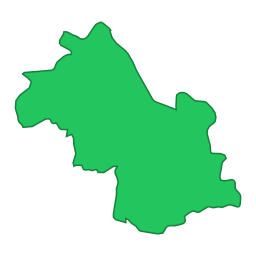 outline of Isère
{"feature_id": "FRA-5311", "entity_name": "Isère", "entity_type": "Metropolitan department", "adm_level": 1, "iso_a3": "FRA", "parent_name": "France", "parent_adm1": "", "projection": "equal_earth", "projection_center": [5.636, 45.294], "detail": "fine", "context": "isolated", "style": "filled", "palette": "green", "viewbox_px": 256, "rotation_deg": 0, "n_neighbors": 0, "source": "natural_earth", "source_scale": "10m", "svg_char_len": 2416}
<svg xmlns="http://www.w3.org/2000/svg" viewBox="0 0 256 256"><path d="M53.6,123.5L52.3,123.2L51.1,121.8L50.7,120.4L50.0,119.3L48.0,118.7L44.9,119.4L32.3,126.5L23.1,127.3L23.1,126.8L21.4,124.3L19.2,122.2L18.2,120.0L17.8,116.5L17.3,114.8L15.4,108.3L16.0,100.6L19.7,95.4L29.3,87.9L31.4,81.6L27.2,77.4L22.1,73.8L22.6,73.9L24.5,72.5L51.6,70.3L54.4,68.6L56.4,63.4L57.5,61.7L64.0,56.3L67.8,54.5L71.1,54.5L71.5,51.9L69.9,50.1L61.2,45.5L59.6,43.4L59.6,40.5L63.3,34.4L63.9,31.9L66.2,31.8L68.3,32.5L72.9,35.0L76.2,36.1L80.2,38.6L82.9,39.2L85.4,38.4L87.6,36.6L94.0,26.9L96.0,24.4L97.9,23.3L99.3,22.9L100.0,22.4L101.0,22.2L103.2,23.3L109.5,28.6L110.1,29.5L110.7,30.5L110.0,30.8L109.9,31.0L112.2,37.8L116.1,43.0L125.7,51.0L128.3,54.3L133.1,62.6L136.3,70.2L152.7,99.4L154.8,101.5L176.3,109.7L176.0,106.6L176.4,97.2L176.9,94.8L179.1,93.1L181.5,92.5L184.1,92.7L186.5,93.6L195.0,100.8L204.8,101.7L206.2,102.3L212.3,108.6L214.9,112.7L215.9,117.2L215.2,121.3L213.5,123.3L211.3,124.8L208.9,127.0L207.3,130.3L207.1,133.7L210.3,146.0L210.6,151.7L211.2,152.9L212.6,153.4L220.5,153.6L224.7,155.1L226.1,158.4L222.7,161.9L222.3,162.9L221.7,165.3L221.3,168.4L220.0,174.8L220.0,177.8L220.6,179.8L222.0,180.4L223.3,180.7L225.1,180.9L231.5,179.6L232.9,179.9L234.4,181.1L235.0,182.3L235.2,183.9L235.2,187.8L235.8,189.4L236.9,190.8L238.2,192.1L239.8,194.0L240.4,195.5L240.6,196.9L240.4,202.2L240.0,204.9L239.5,205.9L238.9,206.7L237.8,206.9L236.6,206.7L231.7,205.1L230.4,204.9L229.1,204.9L227.7,205.2L223.1,207.1L221.7,207.3L219.1,206.9L217.8,206.9L213.6,207.7L212.4,207.6L209.7,206.8L208.3,206.8L207.0,207.3L199.8,211.8L198.4,212.2L197.0,212.2L194.7,211.4L193.4,211.1L192.1,211.3L190.8,211.9L188.5,213.3L185.2,215.8L184.6,217.0L184.8,218.4L185.3,219.7L185.1,221.5L184.3,222.6L183.1,223.6L177.6,225.2L174.8,225.7L170.6,225.6L169.1,225.8L167.3,226.4L166.1,227.7L162.7,233.2L157.3,233.8L140.7,231.1L139.0,230.2L135.9,226.1L131.7,223.4L128.3,219.7L125.8,218.5L125.8,222.6L115.6,219.6L113.5,217.2L113.4,213.9L116.5,195.0L116.5,188.4L117.9,183.8L118.1,181.8L116.9,177.3L115.4,174.1L115.0,170.8L117.2,166.3L113.2,166.5L103.8,172.5L98.2,172.4L97.6,171.8L97.1,170.2L96.8,169.7L95.3,169.7L92.4,170.6L88.4,169.6L85.8,170.1L83.5,169.4L81.8,165.4L75.9,165.2L74.0,166.3L73.1,162.9L75.8,153.8L73.8,143.8L73.5,137.9L71.7,134.4L66.4,136.5L67.6,129.6L61.2,129.5L59.2,128.0L57.2,124.3L56.2,123.2L53.6,123.5Z" fill="#22c55e" stroke="#15803d" stroke-width="1.5"/></svg>